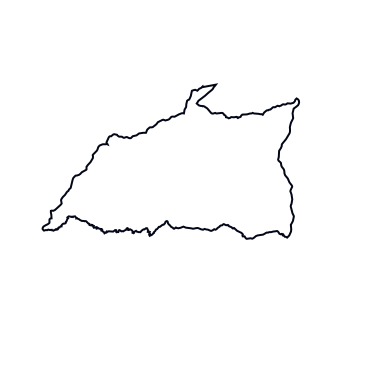 Jericó, Antioquia, Colombia (Natural Earth projection), rotated 52°
{"feature_id": "7082276B41984085227897", "entity_name": "Jericó", "entity_type": "district", "adm_level": 2, "iso_a3": "COL", "parent_name": "Colombia", "parent_adm1": "Antioquia", "projection": "natural_earth1", "projection_center": [-75.766, 5.764], "detail": "fine", "context": "isolated", "style": "outline", "palette": "ink", "viewbox_px": 384, "rotation_deg": 52, "n_neighbors": 0, "source": "geoboundaries", "source_scale": "gbopen_adm2", "svg_char_len": 6099}
<svg xmlns="http://www.w3.org/2000/svg" viewBox="0 0 384 384"><g transform="rotate(52 192 192)"><path d="M286.5,145.1L286.1,142.1L284.1,138.3L282.4,136.7L278.7,134.3L277.6,131.6L276.9,130.2L274.1,126.9L273.4,126.5L270.6,125.9L264.2,123.1L263.1,122.0L262.7,121.0L259.5,117.5L255.2,115.1L251.9,114.0L251.0,112.7L249.6,109.9L249.1,109.5L248.1,109.3L244.5,109.3L240.3,108.2L236.2,108.3L234.3,107.7L232.2,106.3L231.2,105.9L230.3,105.7L227.2,105.7L225.9,105.2L223.7,104.0L220.5,104.5L219.8,104.3L219.3,104.0L218.0,102.2L213.2,98.0L212.1,94.8L211.1,93.1L209.9,92.0L209.6,91.4L208.3,85.5L205.8,79.0L205.0,77.9L203.7,76.7L201.2,75.0L200.1,73.7L198.3,71.3L196.2,66.9L191.8,64.2L188.9,60.5L189.0,57.0L188.9,54.9L188.2,53.5L187.3,52.4L185.7,51.5L184.4,51.4L182.7,52.0L182.9,53.7L183.8,55.0L184.2,57.1L183.1,59.8L180.9,62.2L180.9,63.4L180.6,64.4L180.2,65.0L179.0,66.2L178.8,66.8L178.7,68.8L178.4,69.3L178.3,70.3L176.8,71.4L176.6,72.2L176.3,74.5L175.5,75.3L175.1,76.1L175.3,79.4L174.6,80.7L174.5,81.8L174.1,82.1L173.8,82.6L173.7,83.7L173.8,86.2L174.7,88.7L173.7,89.1L172.8,90.2L171.2,91.6L168.3,94.8L167.0,95.5L166.9,96.4L165.7,98.3L164.8,100.7L162.0,104.7L162.1,106.2L162.7,107.5L162.4,108.5L162.0,108.9L162.0,110.3L161.4,110.5L160.7,110.3L160.2,110.6L159.0,112.9L157.1,115.0L157.0,116.7L156.4,117.8L155.1,118.2L154.0,119.2L153.0,118.7L152.3,118.6L150.9,119.2L149.8,119.0L148.6,119.3L148.0,119.8L145.4,124.1L144.9,124.6L144.0,125.0L143.1,127.3L142.1,128.1L141.3,128.3L135.8,128.5L134.3,128.8L133.6,129.3L132.3,129.5L131.4,130.1L131.1,130.8L130.5,131.0L129.6,132.1L128.1,133.2L125.2,133.8L124.1,130.7L124.2,122.3L123.9,118.3L123.8,113.2L123.5,111.8L122.8,110.4L122.6,109.0L122.1,107.1L116.1,118.7L115.4,118.5L115.6,120.9L115.1,122.7L115.5,125.4L113.4,126.6L112.2,129.4L112.3,129.9L115.6,133.8L116.8,136.0L117.4,137.3L117.1,138.6L117.1,139.7L119.3,142.4L121.4,144.3L122.5,147.1L125.1,150.0L124.0,151.0L123.6,151.8L122.8,154.4L122.0,159.3L121.0,160.4L120.3,161.4L120.1,162.2L120.6,165.0L120.3,166.5L119.2,169.0L117.6,169.9L117.1,170.6L116.8,171.8L116.0,175.9L116.7,178.5L116.7,182.8L116.4,183.7L115.2,185.3L115.1,186.1L115.3,188.9L117.0,191.8L115.2,194.2L113.3,197.6L113.2,200.9L111.6,204.3L111.9,207.0L111.4,207.8L110.8,208.4L108.7,209.4L108.3,209.9L107.5,212.1L107.0,212.6L105.1,213.3L103.6,215.3L101.9,215.9L100.7,215.9L98.6,217.7L98.3,218.3L98.2,219.1L98.3,221.4L97.5,222.5L97.5,223.0L97.6,223.8L100.3,228.9L101.2,229.2L102.1,229.1L102.5,229.2L101.6,229.7L101.3,230.6L99.7,232.6L99.3,233.3L98.5,236.2L98.9,238.2L100.5,240.6L100.9,241.7L101.6,247.0L101.9,247.6L103.0,248.1L104.3,249.3L106.0,253.7L106.6,257.5L107.2,259.6L109.3,261.3L109.4,261.6L108.6,266.6L109.0,269.0L108.9,270.5L108.3,272.2L107.4,273.8L107.8,276.7L108.7,278.3L114.1,285.1L114.3,287.4L115.0,288.7L114.9,289.9L115.1,290.9L116.1,293.9L116.5,297.2L117.4,299.7L117.8,300.2L120.8,301.8L121.0,302.2L121.3,304.0L121.8,311.1L121.4,312.9L120.4,313.9L120.0,314.8L121.3,315.9L123.2,316.8L126.3,318.9L125.7,319.9L125.8,321.0L126.3,321.6L128.2,323.0L128.6,323.6L128.6,325.6L128.1,327.7L127.8,330.4L128.5,331.9L129.0,332.4L129.5,332.6L131.3,332.4L131.9,330.8L133.0,329.5L133.1,328.5L134.5,327.3L135.5,325.7L136.2,325.8L136.7,325.1L137.2,324.9L137.3,324.1L137.6,323.5L137.4,322.5L138.3,322.0L138.6,321.4L138.7,321.0L138.0,320.8L138.0,320.5L138.4,319.8L137.9,318.9L138.4,318.2L138.1,316.7L138.8,316.0L137.8,314.9L137.6,313.4L138.0,312.3L138.6,311.7L138.6,310.4L137.9,309.8L137.9,309.1L136.5,306.8L136.5,305.9L135.3,305.8L135.3,304.5L135.3,304.2L136.1,303.3L137.4,302.4L137.5,301.9L137.8,301.8L137.9,301.4L138.5,301.2L138.5,300.2L139.1,299.3L139.3,299.1L140.7,299.2L141.1,299.0L141.6,299.4L141.9,298.6L142.7,298.5L143.8,297.8L144.9,297.6L147.0,296.6L148.3,295.0L148.9,294.7L149.3,293.9L149.9,293.4L152.9,293.1L153.9,292.5L154.6,293.1L154.9,293.1L156.0,292.2L156.0,291.4L156.7,290.7L157.0,290.8L157.1,291.3L157.9,290.9L158.3,290.4L159.0,291.3L159.8,291.3L160.5,289.6L161.0,289.6L161.1,288.8L161.3,288.8L161.7,289.7L162.1,289.8L162.3,289.4L161.9,288.4L163.2,288.0L164.6,287.1L165.4,286.1L166.3,287.0L166.8,286.2L167.7,286.8L169.3,286.1L170.6,286.4L170.6,285.9L171.3,284.4L171.2,284.2L170.6,283.9L170.6,283.4L171.3,283.3L171.7,281.8L174.6,278.6L174.7,278.2L174.7,276.0L175.5,275.2L175.8,275.3L176.7,276.3L177.3,276.2L177.5,275.6L178.2,274.7L177.2,273.1L177.3,272.7L178.2,272.2L179.5,271.9L179.8,271.2L180.7,270.4L180.8,268.7L181.2,267.5L180.6,266.1L180.6,265.3L180.8,265.0L181.6,265.0L182.6,265.7L183.1,265.2L183.2,263.8L185.0,263.0L186.5,263.0L187.5,264.0L188.5,263.4L188.5,262.9L187.8,262.1L188.2,260.0L189.2,259.9L190.8,258.7L191.9,257.4L191.5,255.7L191.5,253.8L191.6,253.2L192.2,252.5L192.2,250.6L192.6,250.0L193.1,249.7L194.3,250.2L195.4,250.1L196.2,251.4L196.6,251.2L197.5,250.0L198.3,251.1L198.7,251.2L199.0,250.8L199.4,250.9L199.4,252.1L200.5,252.3L201.0,250.2L201.0,249.0L200.6,247.7L200.8,247.1L200.2,246.6L200.1,245.0L199.4,243.5L199.7,242.8L199.7,242.1L199.1,239.5L199.7,238.8L199.7,235.9L200.0,234.6L200.3,234.4L200.1,232.8L199.2,231.2L199.2,230.5L199.4,229.7L200.2,229.4L202.0,230.2L203.3,230.2L204.9,229.9L206.6,229.9L208.4,229.1L209.3,229.1L209.8,228.9L210.0,228.6L210.1,226.5L211.1,226.1L212.3,224.9L213.2,222.9L214.0,220.1L216.3,218.8L220.0,215.1L221.6,213.8L223.5,210.1L224.5,209.2L227.0,207.8L228.2,206.8L228.6,206.3L228.8,204.9L230.3,203.8L231.5,202.6L233.9,201.3L234.5,200.7L234.9,199.4L235.0,197.4L236.1,196.8L236.4,195.7L236.1,193.8L236.3,191.8L236.0,190.6L236.2,189.8L236.8,188.8L236.7,187.1L236.9,186.7L239.0,185.7L239.4,185.1L239.9,184.8L240.0,184.1L240.5,183.8L241.8,183.9L244.1,182.5L245.7,182.4L246.1,182.0L246.1,181.2L246.3,181.0L250.2,180.4L254.7,178.2L256.7,178.0L257.5,179.2L258.3,179.3L259.3,177.9L261.6,178.1L262.6,177.7L264.6,174.2L265.8,173.4L266.1,172.5L266.2,171.2L266.1,168.9L266.6,167.1L269.4,162.1L269.9,158.2L270.9,157.0L271.1,156.0L272.3,154.4L273.2,152.3L274.5,150.2L274.9,149.3L275.4,148.8L276.6,148.6L278.8,148.8L280.1,148.0L280.2,147.1L280.4,146.9L281.4,147.0L281.2,146.5L281.4,146.2L282.3,146.3L282.9,146.7L283.4,146.4L284.4,146.4L285.3,145.5L286.5,145.1Z" fill="none" stroke="#020617" stroke-width="2"/></g></svg>